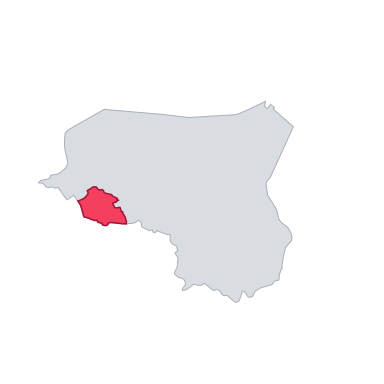 location of Maysan within Iraq, rotated 145°
{"feature_id": "IRQ-3226", "entity_name": "Maysan", "entity_type": "Province", "adm_level": 1, "iso_a3": "IRQ", "parent_name": "Iraq", "parent_adm1": "", "projection": "robinson", "projection_center": [47.004, 31.976], "detail": "fine", "context": "in_parent", "style": "filled", "palette": "rose", "viewbox_px": 384, "rotation_deg": 145, "n_neighbors": 0, "source": "natural_earth", "source_scale": "10m", "svg_char_len": 4800}
<svg xmlns="http://www.w3.org/2000/svg" viewBox="0 0 384 384"><g transform="rotate(145 192 192)"><path d="M161.5,77.8L163.9,77.2L168.3,73.7L170.9,70.4L171.7,70.1L174.0,71.2L175.6,71.5L179.4,70.2L181.6,70.9L183.5,71.7L184.5,71.8L189.6,73.8L190.8,74.1L193.5,74.3L197.3,74.4L199.9,73.1L201.6,71.8L202.9,71.8L204.1,72.1L205.1,72.7L206.0,73.7L206.3,75.0L206.1,79.5L206.5,80.6L207.2,81.5L208.1,81.6L209.1,80.7L211.0,79.3L213.3,77.7L215.0,76.3L216.0,75.8L217.5,75.9L219.0,76.1L219.8,76.8L219.8,77.0L220.6,79.1L222.5,86.9L223.7,87.8L225.0,88.7L225.9,89.8L226.2,91.0L226.1,92.8L226.1,94.9L226.6,96.5L227.4,97.7L228.1,98.3L229.1,98.3L230.4,98.6L231.2,99.8L233.8,108.7L234.1,109.8L235.2,110.2L237.0,110.0L238.9,110.9L240.9,112.4L242.8,115.0L244.1,115.5L248.2,115.1L253.7,115.5L256.2,116.9L256.0,117.8L254.0,118.7L250.5,119.8L249.4,121.7L248.8,124.2L248.9,125.6L249.8,127.1L252.3,130.1L252.4,131.2L252.8,132.7L253.3,133.8L252.8,135.8L250.5,137.2L247.6,138.7L241.6,145.5L241.1,146.9L241.2,150.9L240.6,152.1L238.7,152.0L237.2,151.8L237.1,153.2L236.2,155.1L235.7,156.7L237.8,160.5L238.2,162.6L237.8,164.4L235.8,167.6L234.6,169.8L234.9,170.2L236.5,171.1L241.4,178.1L242.9,180.6L245.0,179.9L245.8,180.0L246.4,180.4L246.8,181.2L246.8,182.3L246.2,183.8L248.9,184.5L249.8,186.1L252.9,191.5L252.8,193.2L251.3,195.7L251.3,197.5L251.6,199.0L252.1,199.5L256.7,199.7L258.6,200.4L263.3,203.2L268.7,207.4L273.2,211.0L276.9,214.0L281.0,213.7L282.1,214.3L283.1,215.2L284.3,217.7L286.6,223.2L288.6,225.1L291.6,229.5L294.5,233.7L292.6,239.4L290.8,245.3L290.8,252.9L290.8,257.0L294.7,257.1L299.0,257.3L299.1,262.2L299.1,267.1L299.2,272.7L300.5,273.0L302.5,274.2L303.4,276.0L304.5,277.0L305.8,277.1L307.1,278.0L308.4,279.6L308.8,280.9L308.5,281.7L308.8,283.2L309.7,285.3L310.8,286.3L312.5,287.5L310.2,288.2L307.7,287.7L302.4,285.2L300.7,285.1L298.4,286.1L298.3,286.9L292.7,284.2L290.7,283.6L290.0,283.5L286.8,283.6L282.2,284.1L279.5,285.2L277.6,286.4L276.8,287.5L276.5,288.2L275.0,291.6L273.3,296.0L271.6,300.0L268.2,305.6L266.3,308.1L262.2,312.9L257.9,313.9L247.7,313.0L236.5,311.9L225.3,310.9L216.9,310.1L216.3,309.8L208.1,303.0L201.6,297.6L193.6,290.8L185.3,283.9L177.0,276.9L171.0,271.9L163.6,265.3L157.0,259.4L151.7,254.7L145.0,250.6L139.7,247.3L132.0,242.7L125.9,238.9L120.7,235.7L112.6,230.8L109.9,229.5L101.5,227.8L93.6,226.4L85.3,225.0L79.8,224.0L83.5,220.5L82.5,217.3L79.8,217.9L77.4,218.7L76.0,213.8L77.9,213.2L76.3,206.8L74.7,200.2L73.1,193.9L71.5,187.4L78.6,183.2L83.9,180.1L91.3,175.7L98.4,171.5L105.1,167.5L112.6,163.1L119.2,159.2L125.3,157.6L126.6,156.3L129.4,150.9L131.8,146.3L132.0,145.3L132.1,138.7L132.7,131.1L133.5,127.0L135.0,123.4L136.2,120.8L136.4,118.3L136.3,115.8L135.1,112.0L133.9,108.1L134.1,104.3L134.4,102.3L135.3,99.0L136.8,96.7L138.3,95.2L144.0,93.7L147.4,92.8L152.0,88.6L154.7,86.1L158.5,82.1L161.3,79.2L161.5,78.2L161.5,77.8Z" fill="#d9dde1" stroke="#a8b0b8" stroke-width="1"/><path d="M264.1,203.5L265.3,204.5L266.9,205.5L268.0,206.6L275.4,213.1L276.2,213.7L276.9,214.1L277.7,214.3L278.6,214.2L279.0,214.0L280.2,213.4L280.5,213.4L281.9,213.9L282.4,214.2L282.7,214.6L283.0,215.0L283.4,215.5L284.1,216.0L284.2,216.3L284.3,216.6L284.2,216.8L284.0,217.0L283.8,217.5L283.7,217.6L283.7,217.8L283.9,218.2L284.0,218.3L284.7,219.0L284.9,219.2L285.0,219.4L285.4,220.0L285.5,220.1L285.8,220.3L285.9,220.6L286.4,221.0L286.5,221.4L286.5,221.8L286.4,222.1L286.2,222.3L286.1,222.6L286.1,223.1L286.1,223.3L286.3,223.4L286.6,223.5L287.0,223.7L287.2,224.0L287.4,224.3L287.8,224.3L288.2,224.5L288.3,224.6L288.7,225.1L289.2,226.4L289.6,226.9L290.5,227.3L290.7,227.8L290.8,228.3L291.7,229.9L291.9,230.2L292.3,230.5L292.5,230.6L292.7,230.9L292.8,231.4L292.9,231.6L293.3,232.1L294.3,232.8L294.6,233.4L294.7,234.0L294.5,234.7L290.8,245.1L290.7,250.1L287.3,249.2L283.7,248.8L282.6,248.9L279.2,249.8L278.3,250.2L277.8,250.7L277.4,251.4L277.1,253.2L272.7,252.9L270.1,252.9L269.2,252.4L268.8,252.1L267.7,251.2L267.5,250.8L267.4,250.5L267.4,250.2L267.4,249.9L267.5,248.9L267.5,248.6L267.5,248.3L267.4,248.0L267.3,247.7L266.9,247.3L266.7,247.0L266.4,246.8L264.2,245.4L263.8,244.2L263.7,243.9L263.8,243.5L264.0,243.0L264.2,242.6L264.3,242.0L264.2,241.6L264.0,241.1L263.8,240.8L263.0,240.1L262.6,239.7L261.8,238.4L261.6,238.3L260.9,237.8L259.9,236.7L259.3,235.2L259.4,234.8L259.5,234.2L257.5,230.9L256.9,229.6L257.1,229.1L257.6,228.8L258.0,228.7L257.9,228.5L257.6,228.1L257.1,227.5L260.2,227.4L261.1,227.5L262.0,228.0L263.0,228.2L263.5,228.1L264.2,223.7L263.9,223.2L263.4,222.5L260.4,221.1L259.9,220.8L259.8,220.3L260.0,219.8L261.0,216.8L261.1,216.5L261.0,216.3L260.8,216.1L260.4,215.8L260.2,215.6L260.2,215.3L260.4,215.0L260.7,214.4L260.8,214.2L260.9,213.8L261.0,213.5L261.0,213.2L261.0,211.4L261.1,210.0L262.8,205.1L262.9,204.8L263.5,204.5L263.7,204.2L264.1,203.5Z" fill="#f43f5e" stroke="#9f1239" stroke-width="1.5"/></g></svg>